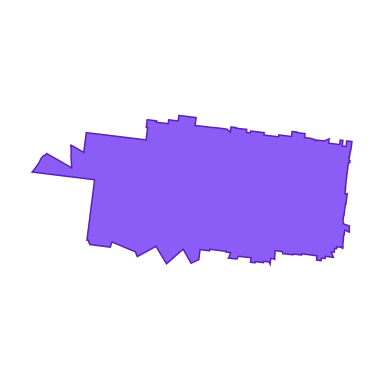 Kent, Western Australia, Australia (Equal Earth projection), rotated 187°
{"feature_id": "25037944B61750008694929", "entity_name": "Kent", "entity_type": "district", "adm_level": 2, "iso_a3": "AUS", "parent_name": "Australia", "parent_adm1": "Western Australia", "projection": "equal_earth", "projection_center": [118.452, -33.539], "detail": "fine", "context": "isolated", "style": "filled", "palette": "violet", "viewbox_px": 384, "rotation_deg": 187, "n_neighbors": 0, "source": "geoboundaries", "source_scale": "gbopen_adm2", "svg_char_len": 3780}
<svg xmlns="http://www.w3.org/2000/svg" viewBox="0 0 384 384"><g transform="rotate(187 192 192)"><path d="M31.0,171.3L30.9,171.6L31.7,176.9L31.6,177.5L37.4,178.7L38.6,180.9L38.6,187.5L38.3,187.5L38.3,199.0L37.8,198.8L37.8,204.9L37.7,204.9L37.7,209.3L39.6,208.6L40.0,208.6L40.0,210.7L39.9,211.1L40.0,211.5L40.0,214.9L40.3,214.9L40.3,216.1L40.3,217.6L40.4,227.6L40.3,232.2L40.3,233.4L40.4,240.1L39.0,240.2L39.0,242.2L39.0,242.3L40.0,242.3L40.0,246.0L40.6,246.0L40.1,246.8L39.7,251.6L39.6,252.2L39.4,254.9L39.4,258.6L39.4,261.5L39.5,261.5L39.9,261.6L43.0,261.6L43.8,261.6L44.6,261.6L44.7,258.5L44.6,256.0L48.5,256.0L48.5,257.8L48.5,261.6L51.2,261.6L51.2,257.8L51.2,257.1L55.1,257.1L58.8,257.1L62.4,257.1L62.4,260.9L62.3,261.5L64.2,260.4L65.1,259.9L66.0,259.3L66.8,258.9L69.7,258.8L74.6,258.7L74.6,258.1L76.4,258.1L76.4,259.1L77.4,259.1L80.6,259.7L81.2,259.7L86.9,259.7L86.9,263.7L90.4,263.7L95.0,263.7L95.0,264.3L100.0,264.3L100.0,259.2L104.6,259.2L107.3,259.2L109.2,259.2L110.1,259.2L112.8,259.2L112.8,258.2L112.8,257.3L127.5,257.3L127.6,258.7L127.6,259.7L141.2,259.7L141.2,258.0L141.2,257.8L145.3,257.8L145.3,260.8L151.6,260.7L156.2,260.7L156.2,261.3L161.2,261.3L161.2,256.1L164.8,258.6L167.0,258.7L172.4,258.7L176.4,258.7L177.7,258.7L178.3,258.7L178.5,258.5L182.9,258.5L187.8,258.5L197.0,258.4L197.0,266.4L202.0,266.4L205.9,266.4L208.5,266.4L213.3,266.4L214.3,266.4L214.4,260.8L214.5,260.8L223.9,260.8L224.0,256.9L235.6,256.9L235.8,256.9L235.8,258.3L241.1,258.3L245.2,258.3L245.3,258.3L245.3,257.1L245.3,250.5L244.9,250.5L243.9,250.5L243.9,238.3L243.9,238.1L257.2,238.1L261.6,238.1L263.9,238.1L265.8,238.1L267.7,238.1L273.9,238.1L290.3,238.1L302.2,238.0L304.2,238.0L304.2,231.6L304.3,218.1L305.6,218.7L308.7,220.0L310.7,220.8L311.7,221.2L312.7,221.7L314.7,222.5L317.8,223.8L318.1,223.5L317.2,220.3L316.8,216.7L316.5,213.2L315.9,209.9L315.1,205.4L314.4,201.4L315.2,201.7L317.1,202.5L321.2,204.2L324.3,205.5L329.5,207.7L332.6,209.0L336.8,210.7L338.8,211.6L340.9,212.5L341.1,212.4L341.9,210.8L342.9,210.3L344.0,209.8L345.8,207.1L346.2,206.1L347.5,202.1L349.7,198.1L352.5,193.2L353.1,192.3L314.9,192.3L290.2,192.3L290.2,187.8L290.2,182.6L290.2,179.4L290.2,179.2L290.3,163.7L290.3,155.1L290.4,138.6L290.4,136.9L290.4,135.6L290.4,131.3L288.4,131.3L288.4,129.7L288.3,129.4L287.8,129.1L287.1,127.6L287.0,127.4L273.6,127.3L271.3,127.3L266.8,127.3L266.4,127.3L265.4,132.6L261.3,131.5L260.2,131.2L249.4,128.1L244.3,126.7L241.0,125.8L239.8,123.7L238.4,121.2L234.7,123.9L221.9,133.1L221.7,133.7L221.2,133.8L209.2,118.5L208.5,117.6L200.7,126.5L196.9,130.7L194.1,133.9L194.1,134.0L193.7,134.0L189.3,128.0L184.2,121.2L177.9,125.2L177.0,125.6L177.0,135.8L172.0,135.8L167.4,135.8L167.4,137.3L160.6,137.3L160.4,137.3L155.5,137.3L150.9,137.3L150.9,136.5L146.3,136.5L146.7,135.1L146.8,133.9L147.2,133.0L147.1,131.7L147.8,130.9L139.4,130.9L139.2,130.9L139.1,131.9L138.8,132.7L138.2,133.3L137.9,133.8L133.3,133.9L132.2,133.9L125.4,134.0L125.4,129.4L120.8,129.4L120.8,129.9L120.8,130.3L120.7,130.6L115.2,130.6L112.5,130.6L112.5,131.9L107.1,131.9L106.9,131.9L106.3,130.9L105.7,129.9L105.7,135.7L102.0,135.7L102.0,135.1L101.7,135.1L101.7,136.1L102.0,136.5L102.1,142.0L102.3,142.4L102.3,143.9L98.4,143.9L95.3,143.9L95.1,143.7L94.4,141.9L91.3,141.9L87.2,142.0L84.1,142.0L84.1,142.8L80.0,142.8L75.6,142.8L75.6,143.1L75.7,143.4L75.7,144.0L70.9,144.0L65.3,144.0L65.3,143.9L60.2,143.9L60.1,139.6L55.4,139.6L55.5,142.2L52.9,142.2L51.8,142.2L51.8,144.4L50.8,144.4L47.8,144.4L46.6,144.4L43.7,144.4L46.4,149.5L43.5,149.6L43.5,150.7L43.5,153.4L43.4,153.4L42.5,153.4L41.5,153.4L41.5,153.9L41.7,155.3L38.1,155.3L36.0,155.3L36.0,154.5L35.5,154.5L35.5,156.6L35.9,156.6L35.9,158.2L35.9,163.2L36.1,163.3L36.1,165.3L36.2,167.9L35.8,167.9L35.8,172.9L31.0,171.3Z" fill="#8b5cf6" stroke="#5b21b6" stroke-width="1.5"/></g></svg>